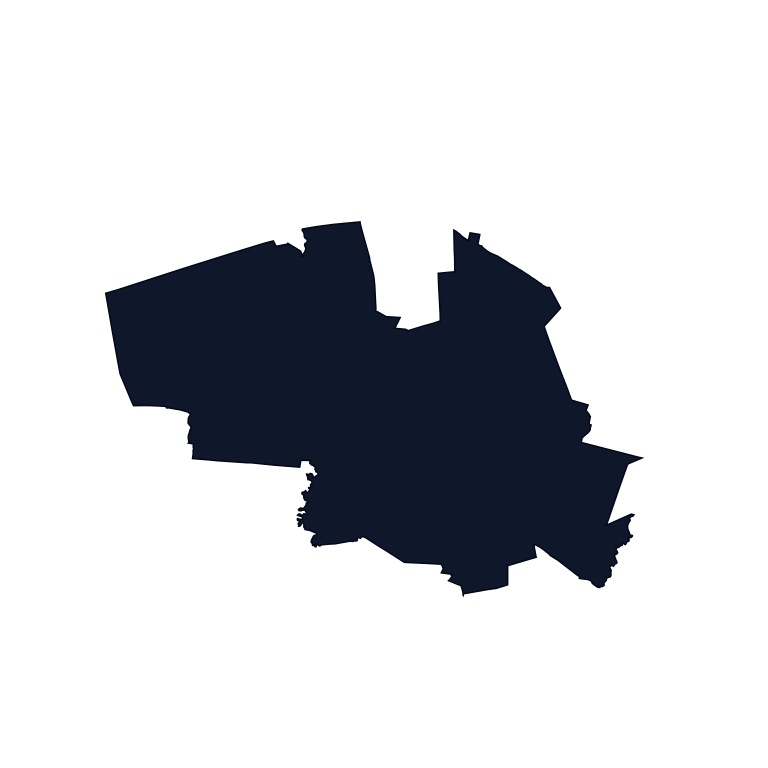 outline of Birda, Timis, Romania, rotated 116°
{"feature_id": "2599482B65688424110437", "entity_name": "Birda", "entity_type": "district", "adm_level": 2, "iso_a3": "ROU", "parent_name": "Romania", "parent_adm1": "Timis", "projection": "natural_earth1", "projection_center": [21.351, 45.422], "detail": "fine", "context": "isolated", "style": "filled", "palette": "ink", "viewbox_px": 768, "rotation_deg": 116, "n_neighbors": 0, "source": "geoboundaries", "source_scale": "gbopen_adm2", "svg_char_len": 6075}
<svg xmlns="http://www.w3.org/2000/svg" viewBox="0 0 768 768"><g transform="rotate(116 384 384)"><path d="M424.4,673.9L456.8,650.5L480.8,632.9L490.6,625.6L510.0,603.6L513.3,599.6L508.5,590.1L505.3,583.3L500.3,571.7L499.8,570.3L500.1,569.7L500.6,569.4L500.8,569.0L500.4,567.9L500.0,567.6L496.6,556.0L495.4,549.4L495.2,548.0L495.7,545.6L496.2,544.9L496.5,544.6L497.4,544.6L498.7,544.9L500.4,544.8L502.3,544.2L505.0,542.9L505.4,542.6L505.6,541.8L506.7,539.6L507.3,538.8L508.0,538.2L509.1,538.1L510.9,538.2L512.6,537.7L516.1,537.2L518.5,536.2L522.0,533.7L522.9,533.9L521.5,529.5L522.0,528.8L524.3,527.9L525.3,526.9L527.8,526.3L530.5,524.8L533.0,524.1L535.0,523.4L528.8,507.7L526.2,500.6L514.3,471.3L514.0,471.1L512.4,467.1L505.2,447.5L495.7,423.3L488.9,425.3L488.5,424.1L485.2,417.0L485.3,416.7L485.9,416.7L487.7,416.0L488.5,413.7L488.3,411.5L488.9,410.1L488.9,409.6L489.2,409.1L490.0,408.7L491.0,408.7L491.6,407.5L492.7,406.8L492.8,406.6L492.5,405.3L492.9,404.5L493.2,404.1L494.0,403.7L494.6,403.6L496.2,404.7L497.6,404.9L498.1,405.6L498.2,406.4L498.1,407.2L496.7,408.6L496.4,409.2L496.6,410.8L496.9,411.2L498.6,412.1L498.9,412.8L498.6,413.8L498.7,414.1L498.9,414.1L499.8,413.5L500.2,412.7L501.4,411.6L503.3,410.4L502.8,409.5L502.9,408.7L502.7,407.2L502.9,406.7L503.8,405.7L504.8,405.3L505.8,405.5L506.6,405.9L507.1,405.7L508.0,404.8L508.6,404.6L509.6,405.2L510.1,406.3L510.4,406.3L510.9,405.6L511.2,404.6L511.6,404.2L512.1,404.1L513.1,404.6L514.6,404.8L515.1,405.1L515.2,406.1L514.9,406.9L514.1,407.6L514.1,407.8L515.3,407.9L517.3,410.0L518.0,410.1L518.9,409.2L519.0,408.3L519.2,407.3L521.1,406.4L522.3,405.3L522.7,404.7L523.1,403.8L522.9,401.8L523.4,401.0L524.1,401.0L525.1,401.6L526.7,401.1L527.4,401.0L530.9,401.7L531.5,402.2L531.7,403.8L532.0,404.6L533.9,405.8L534.6,405.8L534.9,405.3L534.9,404.1L534.7,403.7L534.5,403.2L532.9,401.6L532.4,400.7L532.2,399.7L533.1,398.0L533.8,397.3L534.3,397.1L535.3,397.2L535.8,397.5L535.5,398.8L535.9,399.3L536.6,399.5L537.7,399.5L538.6,399.8L538.7,400.2L538.6,400.5L537.7,401.2L537.7,402.1L538.0,403.2L538.0,403.5L539.8,404.2L539.7,401.8L539.2,399.8L539.5,398.9L540.3,398.4L541.1,398.4L541.9,399.0L542.7,400.9L542.7,402.6L543.2,402.7L544.0,402.4L544.3,402.1L544.5,401.6L544.2,400.6L544.4,399.9L545.2,399.6L546.8,399.9L547.6,399.6L548.9,398.3L549.3,398.3L549.1,397.8L548.4,397.3L547.7,397.0L545.0,396.8L544.4,396.1L544.6,395.2L545.3,394.6L548.1,393.0L548.2,392.0L549.4,391.2L548.7,388.3L548.2,387.1L547.7,379.5L548.4,378.8L549.1,378.7L549.8,379.0L550.5,380.3L551.8,380.7L556.3,380.7L558.1,380.1L558.4,379.8L558.5,379.1L558.7,378.6L560.3,377.5L560.3,376.9L559.6,376.5L559.4,376.3L559.5,375.8L560.3,375.0L560.4,374.5L560.4,374.1L560.2,373.8L558.2,373.8L557.4,373.4L557.1,372.9L557.9,371.4L557.8,371.0L557.3,370.4L556.1,369.9L552.0,363.2L549.1,357.9L540.0,345.4L539.2,343.0L538.5,342.5L538.0,341.8L537.1,339.9L536.7,339.6L536.3,339.6L535.7,339.7L534.6,340.2L533.5,340.3L533.1,339.3L533.1,337.6L532.6,337.4L531.3,337.3L530.8,336.5L530.4,335.4L530.1,335.1L530.3,334.1L530.2,333.0L532.2,316.5L533.0,308.1L535.4,287.5L526.4,266.7L520.8,253.4L524.0,249.7L528.6,249.7L525.9,241.4L525.5,239.8L526.4,239.7L526.6,238.3L529.0,239.0L530.8,239.2L532.5,239.8L531.8,229.6L531.4,226.5L534.0,224.0L536.8,221.6L537.4,221.2L538.5,220.9L539.2,220.1L537.2,220.3L536.0,218.2L524.3,202.1L518.6,193.8L518.7,193.7L510.3,184.8L493.1,193.2L472.9,171.2L472.4,171.8L467.1,175.7L462.4,179.1L462.2,179.0L462.2,172.6L463.0,167.8L464.9,159.5L465.1,159.6L465.4,158.2L466.2,150.1L468.0,141.7L471.2,126.1L471.4,123.5L472.9,123.5L472.9,122.4L472.4,120.8L471.9,120.0L471.5,118.1L470.7,116.1L470.3,114.1L470.1,111.9L470.6,111.0L471.7,109.6L472.1,108.5L472.8,104.7L473.0,102.8L472.3,100.8L470.9,100.7L470.7,100.3L470.6,99.5L470.4,99.0L468.8,98.0L468.1,98.0L466.8,98.9L466.1,99.0L464.9,98.8L463.3,98.1L461.1,98.7L460.6,98.6L459.3,97.5L458.2,96.1L457.9,96.0L456.4,96.2L454.5,97.1L453.9,97.6L452.3,97.9L451.6,98.5L450.3,100.3L449.6,100.7L448.9,100.9L448.0,100.5L447.4,100.0L447.2,99.3L447.2,97.8L444.8,97.6L443.3,96.4L442.6,96.3L441.9,96.6L440.8,98.0L437.7,101.3L436.9,101.5L436.2,101.4L434.4,100.1L433.2,100.1L432.4,100.9L431.3,102.6L430.7,103.0L429.9,103.1L429.2,102.9L427.9,101.5L425.6,100.3L424.5,99.3L423.1,99.6L422.6,99.3L422.4,98.6L422.6,97.1L422.5,96.6L422.3,96.5L419.7,96.5L419.2,96.3L417.9,95.1L417.6,95.1L417.2,95.1L414.4,96.7L414.2,96.3L414.0,95.2L413.6,94.6L413.0,94.3L412.0,94.1L411.6,94.1L411.2,94.6L411.8,96.2L411.6,97.0L409.4,99.0L407.9,101.0L405.4,102.6L403.3,103.2L401.3,103.2L398.9,102.9L398.3,103.1L397.5,104.3L396.7,104.5L395.3,104.0L393.7,102.4L392.0,102.0L392.5,104.7L413.4,122.2L371.9,127.3L350.0,129.8L349.2,129.7L348.1,129.0L337.4,119.7L338.5,124.4L350.0,180.7L349.0,181.4L346.3,182.2L344.3,181.9L338.4,179.3L336.4,178.8L334.7,178.6L333.9,179.0L330.0,180.0L330.4,181.1L329.4,182.5L322.7,184.3L322.4,185.2L321.2,186.6L319.1,190.9L313.4,191.3L316.3,208.4L308.4,216.6L292.3,234.0L271.9,255.4L262.0,265.4L238.4,258.5L224.7,277.6L225.9,279.9L225.7,285.0L224.9,287.2L225.1,288.0L223.8,295.3L223.6,298.1L223.0,301.1L221.7,311.6L221.8,312.5L221.4,315.2L221.0,320.4L220.9,324.1L220.6,325.5L219.3,337.6L219.7,346.1L219.2,349.8L218.0,355.2L217.1,356.6L217.5,358.2L217.4,360.8L207.6,363.4L210.4,372.9L218.2,371.1L217.4,377.0L216.9,379.4L216.3,381.0L215.2,386.2L215.1,388.7L232.8,379.6L240.8,375.2L252.1,369.6L260.7,383.8L270.4,378.7L296.3,364.3L302.6,361.1L307.9,366.4L314.9,374.4L325.8,386.0L325.4,387.0L325.4,388.5L325.5,389.0L329.2,398.7L317.2,398.6L322.5,411.6L321.8,424.2L320.2,424.1L299.7,435.4L293.6,439.1L290.6,441.2L278.4,451.5L277.8,451.8L277.0,452.4L276.9,452.3L256.7,470.2L250.6,475.4L248.8,476.6L262.4,498.9L272.1,513.6L280.4,525.2L281.5,525.2L283.1,522.7L284.1,521.6L286.2,520.4L287.2,519.5L287.7,518.1L287.6,517.0L288.2,516.0L290.4,515.5L291.3,515.8L292.8,516.7L294.5,515.9L295.2,514.8L296.5,513.7L297.9,513.3L300.2,513.2L302.4,513.7L303.7,513.7L304.6,512.6L305.5,513.1L301.1,517.1L299.7,532.1L300.6,532.1L307.5,541.3L303.9,546.2L309.6,552.9L326.2,570.7L367.6,614.4L415.8,664.4L424.4,673.9Z" fill="#0f172a" stroke="#020617" stroke-width="1.5"/></g></svg>